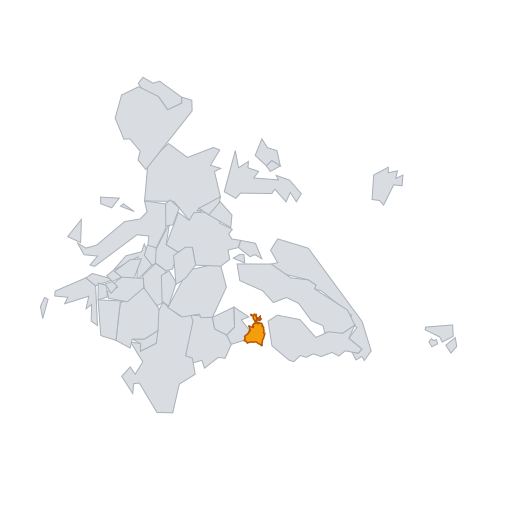 where Estonia sits in Europe, rotated 96°
{"feature_id": "EST", "entity_name": "Estonia", "entity_type": "country or territory", "adm_level": 0, "iso_a3": "EST", "parent_name": "Europe", "parent_adm1": "", "projection": "orthographic", "projection_center": [24.591, 58.582], "detail": "fine", "context": "in_parent", "style": "filled", "palette": "amber", "viewbox_px": 512, "rotation_deg": 96, "n_neighbors": 37, "source": "natural_earth", "source_scale": "50m", "svg_char_len": 9771}
<svg xmlns="http://www.w3.org/2000/svg" viewBox="0 0 512 512"><g transform="rotate(96 256 256)"><path d="M304.0,53.2L315.3,51.5L322.1,61.7L317.3,64.9L311.7,80.0L309.0,80.0L304.0,53.2ZM348.9,145.7L341.0,150.9L342.0,144.3L337.6,140.9L328.1,155.1L316.6,148.2L311.4,156.8L305.0,154.7L283.8,187.4L282.6,194.2L278.7,193.3L274.3,201.5L270.6,229.5L262.4,240.0L260.4,233.7L248.7,242.1L236.7,236.2L242.8,204.8L310.1,143.6L338.4,131.5L348.6,137.4L344.8,140.2L348.9,145.7ZM332.2,52.1L324.9,57.9L316.3,49.3L325.1,46.9L332.2,52.1ZM327.9,71.6L323.3,75.1L319.9,72.9L321.4,70.7L320.4,67.8L324.4,66.2L327.9,71.6Z" fill="#d9dde1" stroke="#a8b0b8" stroke-width="1"/><path d="M200.8,297.6L227.5,326.2L210.3,343.3L212.9,372.6L173.8,373.2L153.3,354.8L165.1,334.5L152.5,309.6L154.4,303.2L170.6,310.8L172.5,300.3L176.3,306.2L200.8,297.6ZM217.9,393.4L224.5,381.8L220.7,396.0L217.9,393.4Z" fill="#d9dde1" stroke="#a8b0b8" stroke-width="1"/><path d="M262.4,240.0L274.1,218.9L274.3,201.5L278.7,193.3L282.6,194.2L300.2,159.4L314.4,150.5L323.9,161.7L325.0,179.6L318.3,182.1L314.6,194.2L298.7,208.6L294.1,221.4L300.5,233.9L289.9,245.7L282.2,269.5L265.9,274.0L262.4,240.0Z" fill="#d9dde1" stroke="#a8b0b8" stroke-width="1"/><path d="M346.4,271.3L360.9,276.0L360.9,283.0L372.9,295.5L365.4,298.9L369.0,307.7L362.6,315.6L321.4,314.7L321.5,292.9L332.8,289.5L337.7,276.9L346.4,271.3Z" fill="#d9dde1" stroke="#a8b0b8" stroke-width="1"/><path d="M395.7,364.2L405.7,364.2L389.7,377.0L379.4,369.5L386.2,363.8L373.1,357.5L354.6,371.9L355.2,361.5L362.7,361.0L353.2,346.1L329.4,350.4L312.0,343.8L323.6,325.5L321.4,314.7L327.4,311.9L362.6,315.6L364.2,308.7L380.0,304.1L391.4,318.9L420.7,322.4L421.9,338.2L394.6,358.7L395.7,364.2Z" fill="#d9dde1" stroke="#a8b0b8" stroke-width="1"/><path d="M321.5,292.9L323.1,304.3L319.7,306.2L324.3,322.9L316.5,338.3L277.5,322.4L268.5,297.0L269.8,289.9L290.0,282.2L321.5,292.9Z" fill="#d9dde1" stroke="#a8b0b8" stroke-width="1"/><path d="M280.1,344.1L272.6,356.6L263.5,357.6L232.2,345.4L254.1,346.5L260.1,334.3L277.7,337.7L280.1,344.1Z" fill="#d9dde1" stroke="#a8b0b8" stroke-width="1"/><path d="M312.0,343.8L315.8,348.9L304.5,362.8L287.5,366.7L273.9,355.2L280.1,344.1L312.0,343.8Z" fill="#d9dde1" stroke="#a8b0b8" stroke-width="1"/><path d="M340.3,345.7L353.2,346.1L362.7,361.0L355.2,361.5L351.6,370.4L350.3,358.3L340.3,345.7Z" fill="#d9dde1" stroke="#a8b0b8" stroke-width="1"/><path d="M351.6,370.4L360.7,371.6L354.5,386.5L316.5,386.1L299.2,364.3L318.5,347.0L340.3,345.7L350.3,358.3L351.6,370.4Z" fill="#d9dde1" stroke="#a8b0b8" stroke-width="1"/><path d="M337.7,276.9L332.8,289.5L321.5,292.9L309.1,272.6L329.0,269.9L337.7,276.9Z" fill="#d9dde1" stroke="#a8b0b8" stroke-width="1"/><path d="M341.2,259.3L346.4,271.3L337.7,276.9L329.0,269.9L309.1,272.6L317.3,256.8L321.1,263.9L330.5,254.9L341.2,259.3Z" fill="#d9dde1" stroke="#a8b0b8" stroke-width="1"/><path d="M269.8,289.9L271.4,315.1L254.1,320.2L260.1,334.3L254.1,346.5L220.8,337.7L227.5,326.2L219.4,322.3L217.9,313.0L221.6,297.4L227.2,295.3L231.9,282.4L237.0,285.4L241.6,281.8L242.1,272.8L249.4,274.3L253.0,284.4L262.2,281.8L269.8,289.9Z" fill="#d9dde1" stroke="#a8b0b8" stroke-width="1"/><path d="M314.6,382.3L316.5,386.1L354.5,386.5L351.4,402.0L316.1,408.5L314.6,382.3Z" fill="#d9dde1" stroke="#a8b0b8" stroke-width="1"/><path d="M340.6,461.6L328.7,465.1L319.4,461.9L320.8,458.3L340.6,461.6ZM302.3,412.4L341.8,406.4L338.0,413.1L321.4,414.4L326.3,419.5L313.5,418.1L323.5,441.3L316.7,438.9L316.8,452.0L311.8,452.0L295.5,422.9L302.3,412.4Z" fill="#d9dde1" stroke="#a8b0b8" stroke-width="1"/><path d="M302.3,412.4L295.5,422.9L290.5,416.9L294.2,395.3L302.3,412.4Z" fill="#d9dde1" stroke="#a8b0b8" stroke-width="1"/><path d="M275.9,358.6L293.3,372.0L269.0,373.3L285.2,396.4L269.4,385.4L263.7,370.2L255.6,368.4L275.9,358.6Z" fill="#d9dde1" stroke="#a8b0b8" stroke-width="1"/><path d="M233.6,341.8L236.6,352.2L215.9,353.9L209.2,347.3L216.3,337.3L233.6,341.8Z" fill="#d9dde1" stroke="#a8b0b8" stroke-width="1"/><path d="M216.3,312.9L217.2,319.2L214.4,317.7L216.3,312.9Z" fill="#d9dde1" stroke="#a8b0b8" stroke-width="1"/><path d="M220.1,307.1L214.4,317.7L200.8,297.6L215.1,299.1L220.1,307.1Z" fill="#d9dde1" stroke="#a8b0b8" stroke-width="1"/><path d="M230.4,284.1L220.1,307.1L205.7,297.4L217.7,284.2L230.4,284.1Z" fill="#d9dde1" stroke="#a8b0b8" stroke-width="1"/><path d="M105.8,346.6L111.7,345.8L119.8,359.1L107.5,369.9L105.6,384.0L96.6,391.1L90.1,387.2L94.9,376.3L92.2,370.2L105.8,346.6Z" fill="#d9dde1" stroke="#a8b0b8" stroke-width="1"/><path d="M99.9,390.4L107.5,369.9L119.8,359.1L111.7,345.8L105.8,346.6L107.8,336.1L118.4,334.7L181.5,374.6L172.8,383.4L163.9,382.1L152.6,393.8L153.7,399.6L133.5,410.5L110.0,406.5L99.9,390.4Z" fill="#d9dde1" stroke="#a8b0b8" stroke-width="1"/><path d="M165.2,255.2L156.1,267.3L138.9,262.4L147.1,256.0L149.0,246.2L163.9,241.2L159.5,250.2L165.2,255.2Z" fill="#d9dde1" stroke="#a8b0b8" stroke-width="1"/><path d="M237.8,348.6L258.3,356.1L258.0,364.6L247.4,364.7L247.3,376.6L283.2,415.4L282.3,420.2L272.6,413.5L272.7,427.2L261.9,434.7L265.9,425.9L261.9,415.7L235.5,390.3L231.3,375.0L223.5,369.0L212.9,372.6L213.7,351.3L237.8,348.6ZM237.8,433.5L261.0,431.8L256.4,445.3L237.8,433.5ZM212.7,398.0L223.2,404.6L220.2,415.9L213.7,416.8L212.7,398.0Z" fill="#d9dde1" stroke="#a8b0b8" stroke-width="1"/><path d="M249.4,274.3L242.1,272.8L243.4,257.9L258.1,249.9L254.8,257.2L257.3,261.9L249.4,274.3ZM264.1,266.5L260.5,278.4L256.0,272.1L256.0,268.1L264.1,266.5Z" fill="#d9dde1" stroke="#a8b0b8" stroke-width="1"/><path d="M165.2,255.2L159.5,250.2L163.9,241.2L170.4,250.7L165.2,255.2ZM178.6,266.4L178.0,241.6L173.7,244.4L177.0,230.7L189.3,217.5L197.9,221.5L189.2,228.6L199.1,231.7L187.6,244.2L192.2,246.8L195.1,278.0L200.8,282.0L195.4,294.3L153.4,287.6L170.1,282.6L162.7,273.4L169.1,273.2L171.6,262.2L178.6,266.4Z" fill="#d9dde1" stroke="#a8b0b8" stroke-width="1"/><path d="M192.1,134.4L187.9,138.9L187.7,146.5L163.1,147.4L153.9,133.7L159.4,133.1L156.5,124.2L164.2,125.1L160.2,118.3L170.9,118.1L170.8,126.5L192.1,134.4Z" fill="#d9dde1" stroke="#a8b0b8" stroke-width="1"/><path d="M258.3,356.1L273.9,355.2L275.9,358.6L266.9,367.2L256.5,365.1L258.3,356.1Z" fill="#d9dde1" stroke="#a8b0b8" stroke-width="1"/><path d="M342.0,144.3L341.0,157.4L346.8,163.1L344.0,170.4L349.2,180.6L347.3,188.8L351.5,195.4L350.4,201.6L357.2,207.4L356.1,212.3L343.7,230.7L319.5,237.2L312.6,228.7L314.7,205.6L330.8,188.0L323.8,176.0L323.9,161.7L314.4,150.5L328.1,155.1L337.6,140.9L342.0,144.3Z" fill="#d9dde1" stroke="#a8b0b8" stroke-width="1"/><path d="M315.1,337.7L310.7,344.7L285.2,348.1L279.8,340.9L290.9,332.5L315.1,337.7Z" fill="#d9dde1" stroke="#a8b0b8" stroke-width="1"/><path d="M271.4,315.1L285.6,323.9L292.7,332.6L264.2,338.0L254.6,327.1L254.1,320.2L271.4,315.1Z" fill="#d9dde1" stroke="#a8b0b8" stroke-width="1"/><path d="M286.0,395.0L272.9,380.9L270.8,369.7L292.9,375.4L292.7,387.2L286.0,395.0Z" fill="#d9dde1" stroke="#a8b0b8" stroke-width="1"/><path d="M312.3,399.6L316.1,408.5L299.4,410.1L300.9,401.5L312.3,399.6Z" fill="#d9dde1" stroke="#a8b0b8" stroke-width="1"/><path d="M290.0,365.6L299.2,364.3L315.0,379.2L313.5,398.3L306.7,400.0L301.8,390.5L297.8,394.4L291.1,387.5L290.0,365.6Z" fill="#d9dde1" stroke="#a8b0b8" stroke-width="1"/><path d="M296.4,396.3L291.2,402.4L285.2,396.4L291.1,387.5L296.4,396.3Z" fill="#d9dde1" stroke="#a8b0b8" stroke-width="1"/><path d="M299.7,403.2L296.4,396.3L300.6,390.9L308.2,396.1L299.7,403.2Z" fill="#d9dde1" stroke="#a8b0b8" stroke-width="1"/><path d="M341.5,258.8L341.4,258.8L340.7,258.7L339.9,258.3L339.6,258.1L339.2,258.1L338.8,258.3L337.4,258.9L337.1,258.8L336.2,258.3L335.8,257.7L334.8,256.6L334.7,256.3L334.6,256.1L333.6,255.8L333.3,255.4L333.0,255.3L332.5,255.1L331.3,254.2L331.1,254.1L331.0,254.3L331.0,254.5L330.9,254.6L330.5,254.3L330.2,254.0L329.2,254.6L328.9,254.7L328.5,254.8L327.0,255.5L326.5,255.9L326.3,255.8L326.3,255.5L327.0,253.6L327.1,252.2L327.4,252.0L327.4,251.8L327.3,251.3L326.6,251.0L326.4,251.0L326.1,251.5L325.9,251.9L325.3,252.1L324.8,251.7L323.6,251.2L323.3,250.5L323.2,249.8L322.6,249.2L322.3,248.4L322.5,247.9L323.0,247.5L323.2,247.2L322.5,247.2L322.3,247.2L322.3,246.9L322.0,245.9L322.3,245.6L322.4,245.2L322.2,244.9L322.3,244.5L322.4,244.2L322.4,243.3L323.1,242.9L323.7,242.6L325.2,242.5L325.1,241.7L325.6,241.7L326.6,240.8L327.6,240.9L329.0,240.3L331.7,240.3L332.1,239.9L332.0,239.6L332.0,239.2L332.5,239.3L333.3,239.2L336.5,239.9L337.3,239.9L338.4,240.6L339.0,240.8L340.7,240.7L343.4,240.9L343.9,240.4L344.2,240.5L344.5,241.0L344.6,241.3L344.2,241.6L344.0,242.0L343.7,242.0L343.3,243.0L342.9,244.4L342.3,245.4L341.8,246.0L341.6,246.4L341.5,246.9L341.4,247.4L342.1,250.2L342.1,250.7L342.0,251.2L341.9,251.8L342.0,252.2L342.4,253.0L342.8,254.1L343.0,254.9L343.2,255.1L343.5,255.3L343.5,255.5L343.4,255.7L342.4,256.2L342.3,256.5L342.2,256.9L341.7,257.5L341.6,258.0L341.5,258.6L341.5,258.8ZM318.0,248.6L318.3,248.9L318.6,248.8L319.0,248.7L319.7,248.8L321.3,250.0L321.4,250.3L320.4,250.4L320.2,250.8L320.0,251.0L319.7,251.1L319.2,251.6L318.6,252.0L318.4,252.3L317.3,252.2L316.7,252.4L316.1,252.9L315.9,253.9L315.5,254.7L315.1,255.0L314.7,255.0L314.6,254.7L314.7,254.4L315.5,253.3L315.7,253.0L315.3,252.8L315.0,252.4L314.3,251.9L314.1,251.5L314.3,251.5L314.5,251.4L314.7,251.1L314.8,250.7L314.2,249.7L314.6,249.5L314.9,249.6L315.3,249.9L315.7,249.6L315.9,249.5L316.2,249.6L316.6,249.0L317.3,248.8L317.6,248.6L318.0,248.6ZM319.5,246.8L319.1,247.2L318.9,247.0L318.8,246.8L318.2,247.8L317.6,248.0L317.3,247.8L317.3,247.4L317.0,246.3L316.6,246.0L315.8,246.0L315.4,245.5L317.3,245.3L317.5,244.8L318.0,244.3L318.3,244.3L318.5,244.4L318.5,244.8L318.6,245.0L319.5,245.2L319.8,245.9L319.9,246.7L319.5,246.8ZM321.5,249.4L321.1,249.5L320.2,248.8L320.4,248.3L320.7,248.2L321.5,248.5L321.6,249.2L321.5,249.4Z" fill="#f59e0b" stroke="#b45309" stroke-width="1.5"/></g></svg>